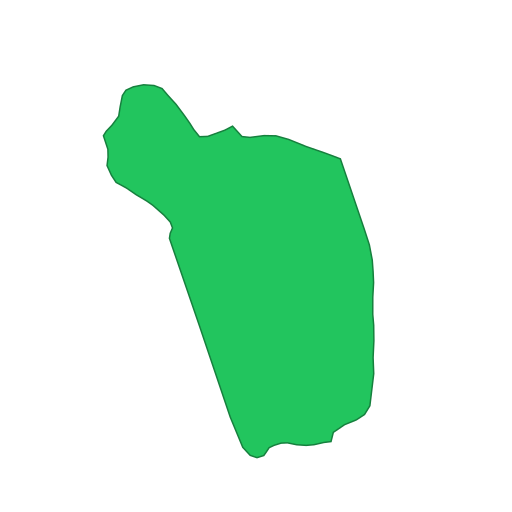 outline of Lèkabi-Lèwolo, Haut-Ogooué, Gabon, rotated 341°
{"feature_id": "22940354B94372756375204", "entity_name": "Lèkabi-Lèwolo", "entity_type": "district", "adm_level": 2, "iso_a3": "GAB", "parent_name": "Gabon", "parent_adm1": "Haut-Ogooué", "projection": "albers", "projection_center": [13.716, -1.334], "detail": "fine", "context": "isolated", "style": "filled", "palette": "green", "viewbox_px": 512, "rotation_deg": 341, "n_neighbors": 0, "source": "geoboundaries", "source_scale": "gbopen_adm2", "svg_char_len": 1058}
<svg xmlns="http://www.w3.org/2000/svg" viewBox="0 0 512 512"><g transform="rotate(341 256 256)"><path d="M367.4,191.6L355.2,181.5L338.9,168.7L324.8,156.4L314.0,148.9L302.8,144.8L288.9,141.9L281.6,138.5L276.1,125.6L267.4,126.9L249.3,127.2L241.4,124.8L238.3,116.2L236.7,109.3L234.1,100.2L229.8,86.7L224.9,75.3L221.7,67.1L215.1,61.6L205.4,57.5L195.0,56.1L187.0,56.9L181.9,60.8L176.2,70.6L171.7,79.1L162.3,85.5L155.0,89.3L150.9,92.6L150.7,106.9L148.3,114.4L144.6,122.0L145.6,132.6L147.7,140.9L155.6,149.5L162.7,159.1L170.5,168.3L174.8,174.2L182.3,187.4L186.0,196.0L186.2,202.3L182.3,206.6L179.9,211.1L179.8,303.0L179.2,399.9L181.2,432.6L185.6,442.6L191.3,447.0L198.4,447.2L202.0,444.6L206.0,441.5L211.4,440.9L218.8,441.1L224.9,442.9L233.0,447.7L241.8,451.4L249.4,453.3L259.5,454.4L266.5,455.9L271.7,447.9L284.9,444.3L297.5,443.6L307.0,441.2L314.9,434.7L329.0,405.6L333.6,390.3L339.8,374.7L344.7,359.9L347.4,349.2L353.0,333.0L358.5,319.5L361.6,309.0L364.6,297.7L366.8,282.4L367.1,266.1L367.4,191.6Z" fill="#22c55e" stroke="#15803d" stroke-width="1.5"/></g></svg>